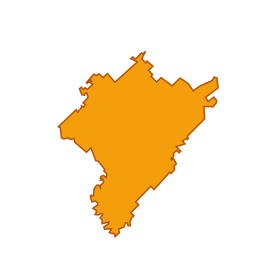 outline of González, Tamaulipas, Mexico, rotated 38°
{"feature_id": "50627088B9709578345149", "entity_name": "González", "entity_type": "district", "adm_level": 2, "iso_a3": "MEX", "parent_name": "Mexico", "parent_adm1": "Tamaulipas", "projection": "robinson", "projection_center": [-98.554, 22.79], "detail": "medium", "context": "isolated", "style": "filled", "palette": "amber", "viewbox_px": 256, "rotation_deg": 38, "n_neighbors": 0, "source": "geoboundaries", "source_scale": "gbopen_adm2", "svg_char_len": 1888}
<svg xmlns="http://www.w3.org/2000/svg" viewBox="0 0 256 256"><g transform="rotate(38 128 128)"><path d="M190.4,132.5L187.7,129.6L188.1,126.4L182.5,124.0L182.2,126.4L180.9,126.1L181.0,121.3L179.3,119.9L180.4,115.7L183.5,116.2L183.8,113.8L177.6,113.0L182.7,105.4L179.0,104.8L180.2,100.6L181.7,100.7L181.9,98.8L179.8,98.2L182.7,73.5L174.6,64.3L182.1,58.8L182.0,53.5L180.6,51.6L176.6,50.8L174.8,57.8L170.2,56.1L174.3,40.9L167.2,33.8L164.6,34.8L165.0,39.0L158.8,50.5L156.5,58.6L148.3,55.9L138.2,56.6L136.8,67.6L123.1,67.9L122.2,74.2L114.2,73.0L114.5,70.8L108.7,69.9L109.6,64.0L101.8,63.6L102.1,65.7L96.3,65.1L94.6,56.8L94.1,60.5L92.5,60.3L91.5,68.9L87.9,69.2L87.5,71.7L94.7,70.1L89.5,99.9L78.2,97.8L77.4,103.5L71.5,103.3L71.2,105.6L67.9,106.7L67.3,117.8L68.5,118.0L69.2,113.2L70.6,113.5L70.3,115.6L73.3,115.4L72.2,122.7L69.4,122.7L69.1,125.0L66.1,124.6L65.6,127.0L71.2,130.2L73.6,128.9L72.7,126.8L74.4,125.9L77.7,128.7L77.1,135.9L79.9,135.7L80.3,139.0L77.6,139.1L78.8,140.7L78.4,146.7L75.9,145.5L72.3,169.9L74.3,169.2L81.5,176.6L84.4,176.1L86.7,172.6L89.5,172.6L91.9,169.7L94.9,172.0L110.2,172.7L111.1,166.5L122.7,173.6L124.8,172.5L135.2,175.0L135.6,176.9L139.6,177.1L141.4,180.5L137.7,180.6L136.5,182.9L137.2,184.7L138.6,184.0L138.5,186.0L140.2,184.1L142.3,185.8L141.6,190.0L143.1,192.0L140.1,191.0L138.5,192.5L138.7,196.8L142.6,202.9L140.2,203.7L140.5,205.3L145.1,208.4L147.4,205.7L150.2,205.6L151.5,207.2L149.8,212.9L154.6,212.6L155.3,216.5L158.2,214.7L159.5,211.8L161.3,211.7L161.4,216.2L164.2,216.4L166.5,219.4L170.8,213.8L171.6,216.0L169.8,220.7L171.7,222.2L177.1,217.6L177.7,222.0L182.7,219.7L184.7,221.5L185.7,216.0L182.8,213.2L185.8,208.8L184.4,204.1L186.0,203.2L188.1,205.0L190.0,203.5L187.4,201.0L186.0,195.9L186.7,193.6L182.4,192.9L183.8,182.0L179.5,181.5L181.8,159.9L186.4,160.5L188.1,137.2L189.9,137.4L190.4,132.5Z" fill="#f59e0b" stroke="#b45309" stroke-width="1.5"/></g></svg>